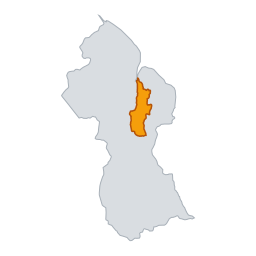 X-1 Right Bank Essequibo, Upper Demerara-Berbice, Guyana (highlighted)
{"feature_id": "73187651B95579298937311", "entity_name": "X-1 Right Bank Essequibo", "entity_type": "district", "adm_level": 2, "iso_a3": "GUY", "parent_name": "Guyana", "parent_adm1": "Upper Demerara-Berbice", "projection": "robinson", "projection_center": [-58.454, 5.555], "detail": "fine", "context": "in_parent", "style": "filled", "palette": "amber", "viewbox_px": 256, "rotation_deg": 0, "n_neighbors": 0, "source": "geoboundaries", "source_scale": "gbopen_adm2", "svg_char_len": 8994}
<svg xmlns="http://www.w3.org/2000/svg" viewBox="0 0 256 256"><path d="M79.1,118.0L73.4,110.8L67.7,103.5L62.0,96.4L61.6,95.4L64.0,92.0L66.1,89.6L67.9,88.2L68.7,86.9L68.1,81.7L68.1,79.8L67.3,77.8L66.7,75.5L67.4,73.6L68.3,72.2L69.4,71.7L72.0,71.2L73.9,71.1L74.6,70.3L75.7,69.4L77.1,69.3L79.9,70.0L81.1,68.8L83.4,67.2L88.6,64.5L89.7,62.8L90.6,60.0L90.5,58.8L89.9,58.3L88.7,57.8L86.7,57.8L85.1,58.5L83.5,58.1L82.2,56.4L82.1,55.0L82.9,53.0L82.4,51.7L79.8,47.6L79.9,46.4L81.7,44.6L82.8,43.0L84.3,39.2L85.4,37.9L89.0,37.5L89.9,36.7L91.7,34.7L94.5,32.4L98.4,30.6L99.5,27.2L100.2,26.3L103.4,24.6L103.9,23.6L103.8,22.8L98.8,15.4L99.8,15.9L103.7,20.7L105.9,21.8L106.3,21.8L106.3,20.6L108.3,21.1L113.4,24.4L120.9,29.9L131.4,40.3L134.3,44.3L136.4,46.1L139.5,50.7L140.4,52.9L140.3,61.7L137.5,67.7L136.9,72.1L136.7,78.1L135.1,81.5L137.2,79.7L137.9,74.3L139.7,71.0L142.1,67.4L145.2,66.6L148.6,68.1L151.3,68.4L153.7,69.4L158.9,75.2L163.9,79.7L165.7,83.4L171.0,85.2L174.2,88.0L175.2,90.5L175.8,97.0L174.8,106.9L175.1,107.4L173.6,109.3L173.4,110.5L172.4,112.7L171.7,113.9L172.8,116.6L174.0,116.7L174.4,117.1L174.7,117.6L174.7,118.2L174.2,118.7L173.0,119.4L172.0,120.9L172.1,122.7L171.4,123.6L169.2,124.0L164.9,124.0L162.8,124.2L161.1,124.4L160.0,125.6L158.6,126.4L157.5,126.5L156.5,127.8L155.5,129.7L155.9,130.9L156.9,132.6L157.5,134.3L156.7,137.1L155.8,139.3L155.3,140.9L154.7,144.1L153.0,147.6L151.8,149.6L151.8,151.7L152.4,154.8L155.8,159.2L156.9,161.4L157.8,164.8L160.9,167.5L162.8,169.6L162.6,172.5L162.9,173.4L164.0,174.1L165.5,174.7L167.1,174.6L168.5,174.4L168.8,174.0L172.1,173.9L172.5,174.7L172.7,178.8L172.8,180.5L173.6,181.1L174.1,182.2L174.1,183.1L174.3,185.4L174.8,186.6L174.7,189.1L175.0,190.0L175.9,190.6L177.1,192.4L177.5,192.6L177.7,193.2L178.7,195.7L179.2,196.5L179.6,196.6L179.7,197.5L180.4,199.8L180.9,200.4L181.8,202.1L182.2,204.0L183.4,206.2L184.7,207.7L185.2,209.2L186.8,212.6L188.4,215.0L190.5,215.7L192.2,216.0L193.3,216.9L194.4,217.9L193.2,218.4L192.2,219.0L190.7,218.5L188.8,218.8L186.7,219.5L184.8,219.8L181.2,218.7L180.1,218.6L179.3,218.1L177.9,216.0L177.1,215.7L175.2,216.7L172.9,217.4L171.8,217.3L170.4,218.0L169.2,218.9L166.8,223.1L165.6,224.5L164.3,225.2L161.6,225.2L158.8,225.3L156.7,226.4L154.8,226.9L153.8,226.9L153.4,229.2L153.0,230.3L152.4,230.9L150.8,231.0L149.5,231.0L148.6,230.0L147.1,229.5L145.7,229.2L144.8,228.7L144.1,228.8L143.5,229.7L143.0,230.6L142.6,232.0L140.5,232.5L139.6,233.4L140.1,236.1L139.9,237.2L139.4,238.1L136.9,238.3L134.8,238.2L133.5,239.2L132.0,240.4L131.1,240.6L130.0,240.6L128.5,239.2L127.1,237.5L123.5,236.3L120.0,235.3L117.6,232.6L117.1,231.2L116.0,230.6L113.3,227.4L111.7,225.3L110.1,224.8L108.2,223.9L108.3,222.4L108.1,221.0L107.3,220.4L106.2,220.0L105.8,219.2L105.9,217.3L106.1,212.4L105.8,207.7L103.3,206.1L102.2,205.0L100.2,198.1L99.3,195.0L99.3,192.7L99.9,185.8L100.6,182.8L102.6,176.8L103.7,174.8L103.8,173.3L103.7,171.3L103.1,167.5L106.4,165.1L107.9,164.0L108.1,162.4L109.9,160.4L110.7,158.4L111.3,156.9L111.2,156.1L110.4,155.6L109.5,154.1L107.5,149.9L106.8,149.1L106.3,147.9L106.6,146.0L107.3,144.0L107.2,143.2L106.1,142.1L103.7,140.2L101.7,140.1L100.2,139.5L98.0,139.4L96.2,139.2L95.2,138.5L95.4,137.4L95.8,136.5L97.3,134.4L98.3,132.1L98.5,129.9L98.8,127.0L99.2,124.5L99.5,121.6L97.1,119.8L96.3,118.2L95.4,116.9L94.3,116.9L92.7,116.3L90.1,118.1L88.2,117.7L86.8,118.4L83.6,118.3L81.6,117.4L79.1,118.0Z" fill="#d9dde1" stroke="#a8b0b8" stroke-width="1"/><path d="M136.7,80.7L136.7,80.8L136.7,81.2L136.6,81.5L136.7,81.8L136.8,82.2L137.0,82.6L137.1,83.0L137.3,83.5L137.4,83.8L137.4,84.5L137.4,84.9L137.4,85.3L137.4,85.7L137.4,86.0L137.4,86.4L137.4,86.8L137.4,87.2L137.4,87.6L137.4,87.9L137.4,88.2L137.4,88.6L137.5,88.9L137.4,89.2L137.3,89.6L137.3,89.9L137.3,90.2L137.3,90.5L137.4,91.0L137.2,91.7L137.2,92.1L137.3,92.4L137.5,92.6L137.7,92.9L137.7,93.3L137.7,93.5L137.6,93.8L137.5,94.1L137.5,94.4L137.5,94.8L137.6,95.1L137.5,95.5L137.5,95.8L137.4,96.1L137.2,96.3L137.1,96.5L136.9,96.8L136.7,97.1L136.6,97.4L136.5,97.8L136.4,98.1L136.4,98.3L136.5,98.7L136.5,99.0L136.6,99.7L136.6,100.0L136.6,100.3L136.7,100.7L136.6,101.0L136.6,101.4L136.6,101.7L136.6,102.0L136.4,102.2L136.5,102.5L136.4,102.9L136.5,103.3L136.6,103.6L136.7,103.8L136.8,104.1L136.8,104.4L136.8,104.7L136.7,105.0L136.6,105.4L136.5,105.7L136.4,106.0L136.3,106.3L136.2,106.7L136.2,106.9L136.1,107.3L136.0,107.6L135.9,108.0L135.7,108.2L135.6,108.4L135.4,108.8L135.3,109.1L135.2,109.3L135.1,109.6L135.0,109.8L134.9,110.0L134.7,110.2L134.4,110.4L134.2,110.4L133.9,110.4L133.7,110.5L133.2,110.7L132.9,110.8L132.6,110.9L132.4,111.0L132.1,111.1L131.9,111.0L131.7,111.0L131.4,111.1L131.1,111.1L130.8,111.2L130.5,111.2L130.4,111.5L130.3,111.8L130.2,112.1L130.0,112.4L129.9,112.6L129.8,112.9L129.7,113.3L129.6,113.5L129.6,113.9L129.6,114.2L129.7,114.5L129.9,114.7L130.2,115.0L130.4,115.3L130.5,115.5L130.7,115.8L130.9,116.0L131.1,116.3L131.1,116.6L130.9,116.8L131.0,117.2L131.0,117.4L131.0,117.7L131.0,118.1L131.0,118.5L131.1,118.9L131.1,119.2L131.2,119.6L131.2,119.9L131.2,120.2L131.2,120.5L131.2,120.8L131.1,121.1L130.9,121.3L130.9,121.6L130.8,122.0L130.7,122.3L130.6,122.7L130.6,123.2L130.7,123.5L130.6,123.8L130.5,124.1L130.4,124.5L130.4,124.8L130.5,125.1L130.6,125.4L130.7,125.8L130.8,126.2L130.8,126.7L130.9,127.1L131.0,127.5L131.1,128.0L131.2,128.3L131.2,128.5L131.2,128.8L131.3,129.1L131.4,129.4L131.4,129.7L131.5,130.0L131.5,130.4L131.6,130.7L131.7,131.0L131.9,131.2L132.3,131.4L132.6,131.4L132.8,131.4L133.1,131.3L133.4,131.3L133.6,131.4L133.9,131.4L134.2,131.5L134.4,131.6L134.6,131.8L134.7,132.1L134.7,132.4L134.7,132.8L134.8,133.1L135.0,133.4L135.2,133.7L135.4,134.0L135.5,134.2L135.9,134.6L136.1,134.8L136.4,135.0L136.6,135.1L136.9,135.3L137.2,135.4L137.4,135.6L137.7,135.7L138.0,135.8L138.3,135.8L138.5,135.9L139.0,136.0L139.5,136.2L139.8,136.2L140.0,136.2L140.3,136.1L140.7,136.1L141.0,136.1L141.5,136.1L142.0,135.9L142.5,135.9L142.8,135.9L143.0,136.0L143.3,136.1L143.6,136.0L143.9,135.9L144.1,135.8L144.4,135.7L144.7,135.6L145.0,135.4L145.5,135.3L145.9,135.3L145.8,135.0L145.9,134.7L145.9,134.3L145.8,134.1L145.8,133.7L145.7,133.3L145.6,133.0L145.5,132.7L145.4,132.5L145.3,132.3L145.1,132.0L145.0,131.7L144.9,131.4L144.8,131.1L144.7,130.8L144.6,130.6L144.5,130.2L144.3,129.8L144.2,129.6L144.0,129.3L143.9,129.0L143.9,128.7L143.9,128.2L143.9,127.9L143.9,127.5L143.9,127.2L144.0,126.9L144.0,126.4L144.1,126.1L144.1,125.8L144.1,125.5L144.1,125.2L143.9,124.9L143.8,124.7L143.7,124.4L143.6,124.1L143.5,123.7L143.5,123.4L143.4,123.1L143.4,122.8L143.4,122.5L143.6,122.3L143.8,121.9L143.9,121.6L144.0,121.2L144.0,120.9L144.2,120.6L144.3,120.2L144.6,119.6L144.9,119.3L145.1,119.0L145.3,118.9L145.5,118.8L145.8,118.5L146.0,118.2L146.1,117.8L146.1,117.3L146.0,116.9L146.0,116.5L146.0,116.1L145.9,115.7L145.8,115.4L145.8,115.1L145.9,114.8L146.0,114.5L146.1,114.3L146.3,114.1L146.6,114.0L146.8,113.9L147.1,114.0L147.4,114.0L147.7,114.1L148.0,114.2L148.3,114.3L148.6,114.5L148.9,114.6L149.2,114.7L149.4,114.6L149.6,114.5L149.7,114.2L149.7,113.9L149.6,113.6L149.6,113.3L149.5,112.9L149.5,112.6L149.5,112.3L149.6,112.0L149.6,111.7L149.8,111.2L149.9,110.8L150.0,110.5L150.1,110.2L150.3,110.0L150.5,109.6L150.7,109.3L150.9,108.9L151.1,108.6L151.2,108.1L151.3,107.9L151.3,107.5L151.4,107.1L151.5,106.7L151.6,106.3L151.6,106.0L151.7,105.7L151.6,105.3L151.6,105.0L151.5,104.8L151.3,104.6L151.0,104.4L150.8,104.4L150.5,104.4L150.2,104.5L149.9,104.8L149.7,104.9L149.4,104.8L149.1,104.8L148.9,104.9L148.7,104.9L148.4,104.8L148.2,104.9L147.9,105.0L147.7,105.0L147.5,104.8L147.3,104.6L147.2,104.2L147.1,103.9L147.1,103.6L147.0,103.4L147.1,103.0L147.1,102.7L147.1,102.4L147.0,102.1L147.1,101.8L147.1,101.5L147.2,101.2L147.3,100.8L147.3,100.6L147.3,100.3L147.3,99.9L147.3,99.6L147.2,99.2L147.2,98.9L147.3,98.6L147.6,98.5L147.9,98.5L148.2,98.4L148.5,98.2L148.8,97.7L149.0,97.4L149.1,97.1L149.2,96.8L149.2,96.5L149.3,96.1L149.3,95.8L149.3,95.5L149.2,95.1L149.1,94.8L149.2,94.5L149.4,94.2L149.6,94.0L149.8,93.8L150.0,93.7L150.2,93.4L150.1,93.2L150.1,92.9L150.2,92.6L150.3,92.3L150.4,92.1L150.4,91.8L150.4,91.5L150.3,91.3L150.3,91.0L150.4,90.7L150.3,90.4L150.1,90.3L149.8,90.4L149.6,90.4L149.3,90.5L149.1,90.6L149.0,90.4L148.8,89.9L148.7,89.7L148.3,89.4L148.0,89.3L147.8,89.3L147.5,89.3L147.3,89.4L147.1,89.6L146.9,89.8L146.7,90.1L146.5,90.3L146.3,90.3L146.1,90.2L145.9,90.0L145.6,89.8L145.4,89.7L145.2,89.5L144.9,89.4L144.7,89.3L144.5,89.2L144.2,89.1L143.9,89.1L143.6,89.0L143.4,89.1L143.2,88.9L143.1,88.6L143.2,88.2L143.2,87.9L143.2,87.6L143.2,87.4L143.1,87.1L142.9,86.8L142.7,86.5L142.7,86.2L142.6,85.9L142.6,85.6L142.6,85.3L142.5,84.9L142.5,84.6L142.4,84.2L142.2,83.9L142.1,83.7L141.9,83.4L141.8,83.2L141.5,82.8L141.3,82.6L141.1,82.4L140.9,82.3L140.7,82.3L140.4,82.2L140.1,82.1L139.8,81.9L139.6,81.7L139.3,81.5L139.2,81.2L139.0,80.7L138.9,80.4L138.9,80.0L138.8,79.6L138.7,79.4L138.5,79.1L138.4,78.8L138.4,78.6L138.2,78.4L138.0,78.2L137.8,78.1L137.7,78.3L137.8,78.9L137.7,79.1L137.7,79.5L137.4,80.2L137.5,80.3L137.3,80.4L136.9,80.7L136.7,80.7Z" fill="#f59e0b" stroke="#b45309" stroke-width="1.5"/></svg>